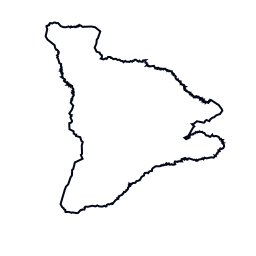 outline of Chum Ta Bong, Nakhon Sawan, Thailand, rotated 10°
{"feature_id": "78962969B50351990269412", "entity_name": "Chum Ta Bong", "entity_type": "district", "adm_level": 2, "iso_a3": "THA", "parent_name": "Thailand", "parent_adm1": "Nakhon Sawan", "projection": "mercator", "projection_center": [99.574, 15.665], "detail": "fine", "context": "isolated", "style": "outline", "palette": "ink", "viewbox_px": 256, "rotation_deg": 10, "n_neighbors": 0, "source": "geoboundaries", "source_scale": "gbopen_adm2", "svg_char_len": 5744}
<svg xmlns="http://www.w3.org/2000/svg" viewBox="0 0 256 256"><g transform="rotate(10 128 128)"><path d="M181.9,82.1L179.1,81.7L179.2,81.0L178.7,80.8L177.1,80.7L176.6,79.7L177.0,79.5L176.6,78.9L177.1,78.9L176.6,78.0L177.2,77.5L176.0,77.5L175.7,76.8L176.2,77.1L176.1,76.3L175.5,75.8L173.6,76.0L172.7,75.0L172.2,75.4L171.9,73.8L171.6,74.1L171.0,73.6L171.2,73.0L169.8,73.0L168.8,71.6L168.6,72.1L167.3,71.8L165.9,70.1L166.2,69.2L165.3,68.3L164.1,68.2L163.9,67.4L163.5,67.6L163.4,67.0L162.8,66.9L163.2,66.5L161.8,65.9L161.3,64.6L159.8,64.8L159.2,64.4L158.5,65.0L157.6,64.4L156.7,65.0L156.4,64.0L154.9,64.0L154.5,63.2L152.8,63.5L152.5,64.2L150.9,63.6L150.2,63.7L150.1,64.4L149.2,64.0L149.1,64.5L148.0,63.8L147.9,64.3L146.8,64.7L146.8,63.7L146.3,63.6L144.5,64.6L142.8,62.3L138.7,63.6L137.7,63.2L137.4,63.6L136.0,63.2L136.0,62.6L135.5,62.9L135.7,62.5L135.1,60.8L133.7,60.5L133.5,58.9L132.8,58.6L133.1,58.3L131.2,58.8L130.9,60.3L127.6,60.4L127.4,60.0L126.6,60.8L123.7,59.4L122.6,59.8L121.9,61.0L121.3,60.9L120.6,62.0L119.0,61.6L118.0,62.6L114.8,63.0L113.6,62.4L112.1,64.0L111.1,63.0L109.2,63.1L107.7,62.2L105.9,62.8L104.0,61.9L101.7,62.8L100.3,62.0L99.2,62.0L99.1,61.5L98.4,61.2L96.0,61.5L95.0,63.7L93.9,63.3L92.0,64.7L89.2,64.4L90.0,63.0L89.7,61.0L87.9,60.2L87.0,58.7L83.8,58.3L81.2,54.6L82.2,50.4L81.9,46.4L82.8,44.8L83.9,37.7L78.2,34.5L74.4,34.4L65.5,36.3L63.5,35.2L61.6,36.4L61.6,35.4L59.8,36.7L59.9,37.2L59.3,37.7L58.3,37.9L57.8,37.4L55.1,38.4L54.3,37.9L53.7,39.0L51.9,38.3L49.5,39.5L47.3,39.9L44.1,39.4L40.9,36.8L39.0,37.2L38.3,36.8L36.6,37.1L35.3,38.2L33.0,38.2L32.5,40.2L32.0,40.0L31.2,41.4L30.1,41.6L30.2,42.8L31.3,44.6L31.0,52.1L33.4,54.9L41.3,59.2L42.3,61.7L43.9,63.5L44.8,63.4L46.6,65.1L46.7,65.8L46.2,66.0L46.6,67.1L45.5,68.9L46.5,69.7L46.0,71.0L47.1,71.8L49.2,76.1L51.0,76.6L51.3,79.2L52.0,79.5L52.2,80.3L51.6,81.2L52.3,81.6L51.8,82.1L52.5,82.1L52.5,83.1L51.9,83.6L52.7,83.7L52.5,84.1L53.6,85.0L53.1,85.3L53.9,85.8L53.6,86.1L54.2,86.3L54.0,87.5L54.6,88.8L53.5,89.4L57.4,91.1L56.7,92.6L57.6,93.4L58.4,93.0L59.8,94.4L60.4,93.7L60.9,94.6L61.7,94.4L62.0,95.2L61.0,96.0L62.3,95.9L62.7,96.8L63.5,95.5L64.2,95.9L64.4,96.7L64.8,96.0L65.7,96.4L66.3,98.4L67.3,98.9L67.6,100.1L66.8,100.9L68.1,101.8L66.6,102.8L67.4,103.9L68.4,103.4L68.9,105.3L68.0,107.0L68.2,108.0L67.3,109.0L67.2,109.6L68.1,110.1L67.2,111.3L67.6,111.8L67.2,113.1L70.2,115.5L69.6,119.6L67.7,123.8L69.2,125.1L70.3,125.1L70.3,126.2L69.6,126.6L69.5,127.6L71.6,130.6L71.7,131.5L70.9,132.7L69.3,133.5L70.6,139.4L75.0,140.7L75.5,142.9L77.0,143.6L78.1,143.5L78.3,144.9L82.5,145.3L84.3,148.7L85.9,149.7L85.5,153.2L87.2,161.3L86.3,162.8L88.6,166.2L81.7,171.1L81.2,178.0L80.3,178.8L81.0,184.6L80.0,186.6L78.9,193.8L77.1,196.5L76.5,199.4L74.8,214.7L76.9,217.4L78.7,218.3L79.2,219.2L80.5,219.6L80.8,221.3L81.3,221.6L84.3,220.9L87.2,221.3L87.7,220.8L92.5,220.7L93.7,220.1L95.5,217.1L96.5,217.0L97.0,216.2L99.2,215.9L99.4,214.4L99.0,213.8L99.9,212.8L102.3,212.5L106.4,210.8L109.7,210.8L111.2,209.6L113.3,210.2L116.2,209.9L118.4,208.7L119.5,209.2L120.4,208.8L120.5,207.4L121.8,206.4L123.0,206.5L125.0,205.1L125.4,205.5L125.7,205.0L126.1,205.2L128.2,201.3L130.0,199.7L129.8,199.2L130.5,199.3L130.3,198.7L131.0,198.1L130.7,196.9L133.9,194.7L134.3,193.4L134.8,193.3L135.1,191.6L136.3,191.5L137.6,189.7L137.3,189.2L138.3,188.6L138.6,187.8L138.3,186.6L139.5,185.3L139.1,184.6L139.8,184.6L139.2,183.6L140.0,183.6L139.7,183.0L140.1,183.2L140.4,182.6L141.3,182.7L142.0,181.5L144.8,180.7L145.4,179.0L148.6,177.4L149.9,173.7L152.0,172.0L152.0,170.1L152.4,169.4L154.7,168.7L155.7,169.0L156.6,167.0L159.1,166.0L158.8,164.5L159.4,163.3L161.9,160.9L165.9,160.2L167.1,159.6L167.3,158.8L168.4,158.9L169.0,158.2L169.3,158.6L170.7,158.1L171.3,157.0L172.0,157.3L172.1,156.1L173.3,156.5L173.9,156.1L173.9,156.8L175.1,156.4L175.7,156.9L177.3,156.0L178.1,156.5L179.6,156.2L180.8,155.5L179.8,154.2L180.1,152.8L182.8,152.8L183.1,152.1L185.5,151.7L185.5,151.2L186.1,151.2L185.6,150.8L186.4,151.2L186.3,150.2L187.1,149.7L186.6,149.2L188.6,148.1L188.5,148.7L189.3,148.1L189.5,148.9L190.3,148.0L191.1,148.0L190.9,148.4L191.8,149.0L192.3,148.7L192.3,148.0L193.4,147.3L198.1,148.0L199.3,147.6L200.9,148.5L201.6,148.3L201.5,147.6L202.3,147.9L202.9,146.9L206.3,145.7L206.4,145.0L207.6,144.8L207.9,145.3L208.6,143.9L210.5,144.3L215.1,142.4L217.6,142.3L218.4,140.7L219.0,140.6L218.4,140.0L219.2,140.0L219.9,138.0L220.6,137.6L220.3,136.7L221.4,135.6L221.0,134.5L222.1,134.6L221.8,134.0L222.5,132.1L223.8,132.4L225.2,131.4L225.9,129.5L225.3,127.8L223.8,126.6L224.4,126.2L223.5,126.1L223.9,125.2L222.6,124.7L223.3,123.4L222.3,123.6L221.5,122.6L220.7,123.3L218.8,121.0L215.9,120.5L214.0,121.3L212.7,120.9L212.2,120.0L210.6,122.4L209.8,122.5L208.6,121.7L206.2,121.8L204.1,119.7L202.5,119.6L201.8,118.9L200.3,119.3L198.9,118.9L198.5,119.7L197.4,119.7L196.9,120.4L195.5,120.1L194.8,121.7L193.4,122.1L193.0,123.2L191.7,123.3L190.8,123.9L190.0,125.2L190.4,126.7L187.2,128.9L185.3,127.8L188.8,125.3L192.1,116.1L193.0,114.9L190.4,113.1L191.9,112.6L194.7,109.4L201.9,109.6L202.5,108.9L202.8,107.5L203.9,106.5L206.9,107.1L207.6,105.1L209.4,103.2L211.0,102.4L212.7,100.2L216.1,98.3L217.9,94.6L217.3,93.4L213.4,89.7L204.8,86.0L204.2,86.0L204.5,86.7L204.0,86.9L203.6,86.4L203.8,87.1L203.0,87.2L202.9,87.8L203.5,88.0L202.8,89.1L200.7,88.4L201.4,89.1L200.6,89.0L200.1,89.6L200.0,89.1L199.3,89.2L199.3,88.7L198.2,89.2L198.3,88.6L197.6,88.7L197.9,88.4L197.3,88.1L197.7,88.0L197.8,86.8L195.4,87.4L195.6,86.6L194.5,87.0L194.8,86.1L194.4,86.3L193.7,85.4L193.9,85.9L193.2,85.6L193.2,86.2L192.8,85.6L191.8,85.8L191.7,85.1L190.8,85.5L190.9,85.1L190.0,84.7L189.0,85.2L189.2,86.1L187.9,86.4L187.8,85.7L187.1,85.9L186.9,85.2L185.4,85.0L185.8,84.6L185.5,84.0L184.0,83.7L183.6,82.8L182.9,83.7L181.9,82.1Z" fill="none" stroke="#020617" stroke-width="2"/></g></svg>